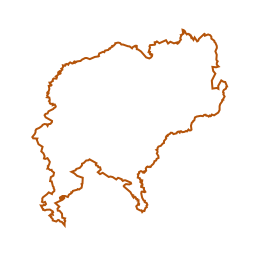 Pedro Ascencio Alquisiras, Guerrero, Mexico (Mercator projection), rotated 6°
{"feature_id": "50627088B24291579486400", "entity_name": "Pedro Ascencio Alquisiras", "entity_type": "district", "adm_level": 2, "iso_a3": "MEX", "parent_name": "Mexico", "parent_adm1": "Guerrero", "projection": "mercator", "projection_center": [-99.877, 18.526], "detail": "fine", "context": "isolated", "style": "outline", "palette": "amber", "viewbox_px": 256, "rotation_deg": 6, "n_neighbors": 0, "source": "geoboundaries", "source_scale": "gbopen_adm2", "svg_char_len": 5768}
<svg xmlns="http://www.w3.org/2000/svg" viewBox="0 0 256 256"><g transform="rotate(6 128 128)"><path d="M44.2,104.1L45.0,105.1L44.4,105.9L46.6,106.0L47.3,108.4L46.6,109.5L47.4,110.2L47.7,111.6L48.4,112.1L50.6,111.8L50.7,113.2L52.7,112.3L53.9,114.0L53.6,115.0L52.3,115.9L51.7,116.9L47.2,119.7L46.5,121.9L44.5,122.6L43.7,124.0L45.0,126.0L51.7,128.9L51.7,130.2L50.4,132.0L48.3,132.6L47.8,134.3L46.6,132.8L44.5,132.8L42.8,133.8L42.0,135.2L39.7,137.2L37.0,138.7L36.3,140.1L36.5,141.7L36.0,143.5L33.8,147.0L34.8,148.2L38.9,148.0L38.5,149.2L40.7,153.5L45.0,155.6L44.2,160.3L46.6,162.1L48.0,164.7L47.6,167.1L48.9,167.4L51.1,166.4L53.8,169.9L53.3,172.8L52.3,174.2L52.8,174.7L52.1,176.8L53.0,176.7L54.9,177.9L56.4,177.6L56.8,178.7L59.1,180.1L58.8,183.2L56.4,184.9L56.1,189.0L57.7,189.1L59.4,193.8L60.3,194.6L60.4,195.9L61.2,196.8L61.3,198.4L59.6,200.2L59.3,201.6L55.9,200.3L54.3,202.4L50.7,205.8L50.1,207.1L50.4,208.9L50.1,210.4L51.7,211.0L53.2,210.2L54.4,212.2L53.5,213.4L52.0,213.4L51.3,214.2L49.5,214.2L51.6,217.3L52.1,217.4L52.1,218.2L54.0,218.6L55.5,217.8L58.9,217.3L61.9,218.8L62.3,219.6L61.5,220.1L62.3,222.1L60.3,221.9L59.0,223.3L60.9,224.2L60.7,224.8L62.7,226.5L62.8,227.8L66.4,228.5L68.1,226.8L69.0,226.9L70.2,228.1L72.0,228.3L75.1,231.4L74.8,228.5L75.3,227.0L74.4,226.2L74.9,224.5L72.0,224.1L71.3,220.1L68.6,217.5L66.8,217.5L66.3,215.6L67.9,213.4L63.6,210.3L70.4,206.2L71.9,204.5L71.5,203.3L71.1,203.3L68.7,205.6L67.9,205.5L67.6,204.3L69.9,202.5L72.4,202.2L75.4,202.9L76.2,200.5L78.4,198.9L78.3,197.9L79.2,197.8L79.8,196.3L83.9,194.7L84.4,194.0L85.7,194.3L88.1,192.2L88.3,189.2L87.7,188.6L88.5,187.9L88.2,182.2L82.4,180.9L79.2,178.6L76.4,177.5L80.3,175.5L80.9,174.1L84.2,172.7L86.1,170.0L86.0,168.3L87.6,167.5L89.8,164.7L92.1,164.2L93.0,163.2L100.3,166.3L99.7,167.5L100.2,168.5L101.9,168.7L102.6,170.1L104.4,170.0L105.2,172.3L102.6,175.1L105.0,176.8L107.5,175.2L114.0,178.7L115.6,178.1L117.9,178.4L121.7,180.4L123.3,178.6L123.9,178.7L127.1,179.6L127.1,180.1L128.4,181.2L129.4,180.5L131.0,180.3L136.5,182.0L136.9,183.0L135.2,184.0L131.9,184.0L130.6,185.0L129.8,186.2L130.0,186.6L137.1,191.5L138.9,194.1L140.0,194.3L139.7,195.4L141.0,196.8L141.9,195.6L143.0,196.3L143.6,197.8L144.7,197.7L145.0,199.1L146.0,198.8L146.3,201.1L146.0,201.6L147.0,202.3L147.0,203.2L145.6,203.5L144.4,205.0L145.6,207.5L149.0,208.8L150.0,208.5L150.9,210.1L152.0,208.7L153.0,208.8L153.7,205.7L155.0,204.8L154.5,203.4L155.3,202.4L154.4,200.7L152.4,200.0L152.4,198.6L151.2,198.5L149.4,195.9L148.0,191.7L148.1,190.1L148.6,189.7L151.4,190.1L151.9,189.7L150.3,187.7L150.1,185.9L147.2,185.2L147.3,183.8L148.2,183.6L148.4,183.0L148.1,182.1L146.3,180.7L147.6,180.0L147.6,178.7L146.0,179.2L146.0,178.0L145.2,177.8L145.0,176.7L142.9,176.3L143.1,173.9L142.6,173.0L143.8,172.0L143.6,170.7L145.4,169.5L147.2,170.2L148.2,169.7L148.0,170.8L148.8,170.8L150.5,168.5L149.9,166.3L150.7,164.8L151.5,164.3L152.1,164.7L153.3,164.2L153.9,164.6L154.6,164.4L155.2,162.9L156.9,161.1L157.7,159.2L157.7,158.3L159.4,157.3L159.7,155.7L161.5,154.6L161.1,152.6L159.3,150.3L159.9,148.7L159.5,147.4L158.6,146.8L159.6,146.2L159.5,144.7L160.2,143.3L162.5,142.3L164.2,139.8L165.3,139.2L165.2,137.1L167.1,134.5L166.6,133.2L167.2,131.9L167.6,132.2L168.5,131.5L168.5,130.5L170.0,129.7L171.1,128.2L172.5,128.2L173.9,129.3L176.9,128.2L177.0,127.4L177.8,126.6L178.6,126.3L179.9,127.2L180.3,125.8L181.3,125.7L182.4,126.5L184.6,125.9L186.0,124.9L187.0,125.2L188.3,123.2L189.3,124.0L190.6,123.8L191.3,123.0L190.4,119.2L190.9,116.1L192.0,114.9L192.1,114.2L193.1,113.5L193.5,110.5L195.2,109.4L199.0,108.3L201.3,108.4L202.4,107.0L203.9,106.7L204.5,107.6L206.0,107.5L207.0,108.2L208.0,107.1L208.6,107.7L209.4,107.3L209.9,105.9L212.3,106.4L216.2,103.2L217.2,100.5L216.8,96.7L217.2,94.6L218.9,91.6L218.7,90.5L219.8,90.0L219.5,89.4L220.8,86.6L219.3,84.5L219.6,83.2L218.8,82.5L218.9,81.2L219.4,80.1L221.3,78.6L221.5,76.7L222.2,76.4L219.9,72.1L218.0,72.0L215.8,70.9L213.3,76.7L213.8,79.6L212.0,78.9L207.9,80.0L206.4,72.1L209.2,64.8L206.8,62.4L205.6,58.4L209.3,58.4L211.7,57.4L209.7,55.8L209.5,54.1L210.2,52.3L209.3,51.8L208.7,50.5L208.6,45.9L206.9,42.6L208.0,39.1L207.7,37.1L205.9,34.0L204.9,33.3L204.7,32.2L201.6,30.4L201.3,28.4L200.0,27.1L197.9,26.6L194.8,28.2L194.3,27.1L194.6,25.8L189.2,32.0L188.7,33.9L187.7,34.6L184.8,31.0L183.9,33.5L181.8,30.8L182.1,32.8L180.4,29.3L179.5,29.2L178.7,28.1L177.6,28.1L176.7,28.8L175.7,27.7L174.2,27.1L174.2,26.5L174.8,26.6L174.7,26.0L173.1,24.8L172.0,24.6L173.1,28.6L171.9,29.3L171.7,30.0L171.0,30.1L171.3,30.6L170.6,33.2L171.4,34.6L170.3,35.9L170.3,36.7L169.0,37.6L169.4,38.0L168.5,39.0L167.8,38.7L167.7,37.8L164.8,39.0L161.1,37.8L159.0,39.8L156.6,36.7L150.3,40.4L147.7,38.9L147.0,39.8L145.8,40.0L145.3,39.1L146.2,41.8L145.9,42.4L141.3,43.3L140.8,44.6L141.5,45.7L140.6,50.2L141.9,50.1L141.7,51.4L143.7,52.1L142.9,52.7L144.4,53.3L144.4,53.9L143.5,55.4L141.9,56.6L138.7,55.9L132.9,50.5L129.9,48.9L128.5,48.7L128.1,45.4L127.3,45.3L126.7,46.2L126.1,45.8L124.2,47.2L123.7,48.3L121.1,46.7L119.4,46.7L114.3,45.5L112.7,45.7L111.2,44.3L109.2,44.1L106.5,45.0L106.6,45.7L105.1,47.7L103.8,48.0L104.0,48.8L102.5,49.8L101.8,51.0L101.2,50.8L100.3,52.4L97.1,53.4L96.5,55.1L95.3,54.8L91.6,56.9L91.2,58.9L91.6,59.5L91.1,59.9L87.6,60.8L82.8,63.5L79.7,62.7L78.1,62.9L75.1,64.8L73.8,66.3L70.3,67.1L69.8,67.8L68.9,67.6L68.5,68.5L67.6,67.6L66.9,68.6L67.4,69.0L65.8,69.7L63.6,68.8L62.5,69.9L62.0,71.3L60.6,70.6L59.1,71.3L59.3,72.2L58.9,72.7L56.7,72.5L57.1,73.9L56.4,75.5L55.6,76.0L56.5,76.9L55.9,77.4L55.2,78.9L54.1,78.6L53.4,79.3L54.9,80.0L55.2,80.8L54.6,81.3L52.9,81.1L53.2,82.1L50.9,84.2L52.0,84.8L51.7,86.4L49.0,86.5L48.2,87.4L48.3,89.2L47.3,89.7L46.5,90.9L45.2,91.1L45.7,92.1L47.4,93.3L46.9,94.0L44.8,94.4L45.7,97.3L45.3,99.6L44.0,101.2L44.1,101.9L45.3,101.9L44.2,104.1Z" fill="none" stroke="#b45309" stroke-width="2"/></g></svg>